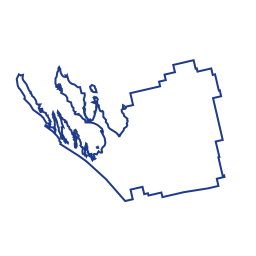 outline of Shark Bay, Western Australia, Australia, rotated 347°
{"feature_id": "25037944B60313460254351", "entity_name": "Shark Bay", "entity_type": "district", "adm_level": 2, "iso_a3": "AUS", "parent_name": "Australia", "parent_adm1": "Western Australia", "projection": "mercator", "projection_center": [113.623, -26.392], "detail": "fine", "context": "isolated", "style": "outline", "palette": "blue", "viewbox_px": 256, "rotation_deg": 347, "n_neighbors": 0, "source": "geoboundaries", "source_scale": "gbopen_adm2", "svg_char_len": 5623}
<svg xmlns="http://www.w3.org/2000/svg" viewBox="0 0 256 256"><g transform="rotate(347 128 128)"><path d="M130.6,106.7L130.6,107.8L129.7,108.6L128.5,108.6L128.1,106.4L128.9,105.2L128.3,104.7L127.4,108.0L125.9,108.9L125.7,109.9L125.9,111.8L127.0,113.5L126.9,115.3L129.5,118.9L128.9,120.0L129.3,121.2L127.7,123.5L128.0,125.0L126.7,126.5L124.0,127.5L123.3,129.2L118.2,133.3L118.6,133.4L118.0,134.1L117.3,134.0L116.9,132.8L117.1,133.3L117.1,132.7L117.7,132.9L116.6,132.0L115.5,130.0L110.0,124.5L109.2,122.8L109.0,119.4L107.7,117.2L108.4,115.2L106.5,111.8L107.5,106.7L106.8,105.6L105.8,105.9L104.7,105.0L104.3,102.2L104.6,99.3L103.4,97.7L104.1,94.6L105.0,93.3L104.3,91.3L103.1,91.4L102.0,90.1L101.3,90.8L102.8,97.2L102.3,100.4L102.7,99.8L99.2,106.4L99.1,104.5L99.8,104.3L99.0,104.4L98.7,107.4L95.6,112.1L93.6,112.6L92.9,110.3L92.8,111.3L92.0,112.1L90.9,112.1L90.4,111.2L89.1,111.5L90.7,111.1L91.0,110.4L88.9,105.8L88.8,102.7L89.3,99.9L88.8,98.5L91.4,95.9L91.8,94.7L91.1,94.9L91.5,92.6L91.2,90.5L93.2,86.7L93.5,84.5L90.5,83.6L90.5,77.4L88.2,77.0L85.7,73.6L83.3,72.4L81.8,70.7L80.7,68.2L80.5,64.2L80.3,64.6L79.9,62.9L79.5,62.8L80.0,63.6L79.4,64.3L78.2,64.1L76.6,63.3L75.6,61.8L74.9,58.9L75.2,55.2L74.6,53.1L73.7,54.0L72.9,56.8L71.7,57.7L69.9,62.1L68.6,63.3L67.3,68.2L67.7,70.6L67.3,71.6L68.6,72.8L70.5,76.2L71.4,76.7L71.2,75.7L70.3,75.0L71.1,74.5L71.0,73.8L70.8,73.6L70.8,74.0L70.4,74.4L69.9,74.3L70.7,74.0L70.7,72.9L69.7,71.5L70.5,70.6L69.5,70.3L70.6,69.8L71.6,70.3L71.5,70.9L71.0,70.5L70.7,70.9L71.6,71.2L71.7,72.1L70.9,71.7L70.7,72.4L72.2,74.9L71.2,75.2L72.1,76.5L70.8,78.7L74.7,82.3L75.6,85.0L75.1,88.0L78.2,90.2L78.3,94.6L79.4,95.9L78.8,98.4L79.8,100.7L80.2,100.7L79.3,102.0L79.8,102.9L82.8,103.2L82.4,103.8L84.3,105.0L86.0,108.6L87.9,110.4L87.9,113.0L92.9,114.3L96.2,115.9L99.1,118.3L102.5,122.9L102.8,125.9L102.0,127.9L101.7,127.6L103.0,132.5L102.6,137.5L101.2,139.9L98.9,141.1L97.3,143.2L97.4,145.5L96.9,146.1L95.4,145.6L94.1,144.1L91.7,146.7L89.9,145.8L88.6,146.2L87.8,145.4L88.5,146.8L87.8,148.4L88.1,148.9L88.6,148.0L88.8,148.5L88.0,149.4L89.2,150.5L88.7,150.8L88.4,150.0L87.4,150.2L86.1,151.5L85.6,149.8L86.2,149.1L85.9,148.1L86.3,147.8L85.6,146.6L86.2,145.7L85.8,145.3L86.1,144.9L85.3,144.8L84.4,146.9L83.8,146.1L83.7,143.2L83.2,142.8L83.8,142.2L83.4,140.2L84.2,137.0L83.7,135.7L84.1,134.4L83.6,133.7L82.6,135.9L82.9,137.7L82.7,138.5L83.3,138.8L82.9,140.0L82.5,139.7L82.6,138.4L82.8,137.7L82.3,135.9L82.0,138.0L80.8,137.8L81.2,140.5L80.5,141.9L80.4,144.0L81.8,145.7L81.1,146.4L81.0,145.4L80.0,145.2L79.1,143.4L78.1,143.0L78.2,140.8L79.6,137.2L79.4,136.4L78.5,136.3L77.7,134.2L78.4,133.5L78.8,131.2L78.4,130.7L78.4,128.6L77.4,126.7L78.2,124.4L76.8,122.0L77.2,120.2L76.5,118.2L76.0,118.6L74.6,118.0L75.1,118.6L74.8,120.1L73.3,120.8L74.3,121.9L74.9,121.8L74.7,123.0L75.9,125.2L75.0,128.1L74.2,129.1L74.4,131.7L73.7,132.8L74.2,132.8L74.0,134.2L72.7,135.5L72.0,134.8L72.6,130.9L73.9,130.1L72.6,127.0L73.5,126.5L73.9,128.4L74.2,125.3L72.8,124.7L73.6,123.0L72.4,121.7L72.2,117.5L70.9,116.0L70.7,113.3L69.8,112.6L69.5,108.4L69.0,108.8L68.0,108.2L68.4,106.3L65.9,104.3L66.2,103.6L65.1,102.4L65.1,99.8L63.4,96.2L62.9,97.5L63.7,99.3L63.1,100.2L64.5,101.3L64.2,102.9L65.2,104.1L64.7,104.8L64.6,108.6L65.2,112.6L64.4,112.0L63.5,112.4L63.6,114.7L63.0,115.3L62.7,117.9L61.4,120.0L62.8,120.0L64.0,124.8L64.9,125.1L64.8,127.1L65.4,127.3L66.0,128.0L66.2,129.1L66.2,129.9L65.7,127.7L65.6,128.5L64.9,127.3L64.7,128.2L63.8,128.3L63.5,127.3L63.9,127.0L62.9,126.1L63.6,124.5L62.9,122.5L61.6,123.9L60.6,123.1L61.0,122.4L60.5,121.5L61.2,120.9L60.0,115.0L60.6,111.9L60.1,111.1L60.1,105.3L59.7,102.3L59.1,101.5L59.3,98.6L58.6,96.0L57.5,98.1L58.0,98.7L57.4,101.1L58.0,101.9L58.0,105.3L57.3,109.3L56.6,110.1L57.1,113.3L56.4,115.0L55.7,110.8L50.9,109.3L50.6,108.5L48.3,106.8L47.8,107.5L53.8,114.3L56.9,119.4L58.6,123.5L58.2,125.3L59.3,127.3L58.4,128.4L74.0,144.3L80.1,151.3L95.1,173.0L108.8,198.5L116.6,198.5L116.6,188.6L128.9,188.6L128.9,196.1L132.7,196.1L132.8,198.4L146.0,198.4L146.0,203.1L168.1,203.1L192.2,204.8L203.1,204.8L203.1,197.4L211.0,197.4L211.0,195.7L209.5,195.7L209.5,176.9L210.5,176.9L210.4,160.9L217.6,160.9L217.6,118.0L225.9,118.0L225.9,111.9L224.9,111.9L224.9,95.3L222.5,95.3L222.5,88.7L208.4,88.7L208.4,85.4L207.2,85.4L207.2,76.7L186.3,76.7L186.3,84.2L175.6,84.2L175.6,89.8L168.7,89.8L168.7,94.6L138.1,94.6L138.1,106.8L130.6,106.7ZM36.4,55.8L37.6,52.6L35.4,52.7L33.8,51.2L30.6,55.2L30.1,62.0L30.7,64.8L31.6,66.0L34.4,73.7L34.2,75.7L33.5,76.3L37.7,83.0L39.7,88.9L46.3,96.6L47.9,99.4L49.6,105.0L51.7,106.0L52.3,108.4L53.3,106.8L52.8,105.3L53.8,104.7L53.2,103.6L53.9,103.6L52.6,99.6L52.6,97.8L51.9,97.9L51.4,97.2L51.4,95.0L48.6,93.0L48.7,89.9L47.4,89.8L47.9,92.1L47.4,92.8L46.3,92.8L45.5,88.2L46.7,87.2L46.5,86.4L47.8,85.3L45.1,84.7L44.3,83.6L44.6,81.2L43.3,77.0L41.8,75.3L41.7,73.6L40.8,71.9L41.4,71.3L40.1,69.2L38.9,62.7L36.7,57.9L36.4,55.8ZM105.2,82.9L104.9,81.6L104.9,80.1L104.6,79.4L102.4,78.0L100.3,79.3L100.4,81.8L101.9,83.9L101.0,83.3L100.8,83.6L102.4,85.2L105.4,86.1L105.3,81.8L105.2,82.9ZM93.5,140.5L94.5,140.6L94.3,139.5L93.3,139.8L93.5,140.5ZM102.4,97.2L102.4,98.3L102.6,97.4L101.6,96.1L100.8,96.0L100.6,95.2L99.9,95.3L99.7,94.8L99.2,94.9L102.4,97.2ZM101.8,100.1L102.2,98.8L101.7,100.1L101.3,101.7L102.2,100.4L101.8,100.1ZM100.8,124.6L101.5,127.0L101.3,124.0L101.0,124.9L100.8,124.6ZM61.6,121.9L61.4,120.7L61.0,121.3L61.6,121.9ZM89.3,102.6L90.4,100.0L90.1,99.6L90.1,100.6L89.3,102.6ZM89.1,102.7L89.2,105.1L89.3,104.1L89.1,102.7ZM89.2,105.2L89.4,106.7L89.5,106.5L89.2,105.2ZM102.9,90.7L104.1,91.1L103.3,90.6L102.9,90.7ZM89.9,98.0L90.2,97.9L90.2,97.2L89.9,98.0Z" fill="none" stroke="#1e3a8a" stroke-width="2"/></g></svg>